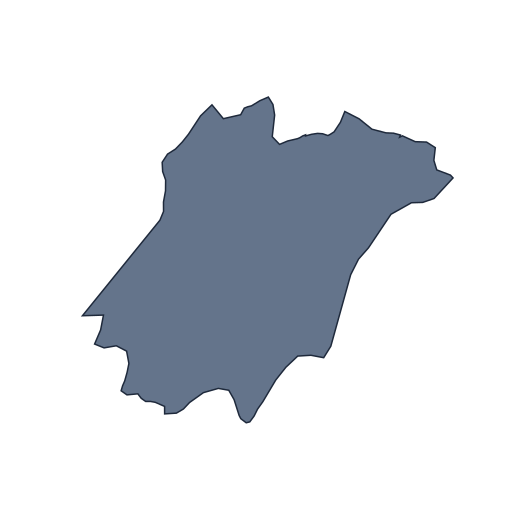 the State of Osun, rotated 31°
{"feature_id": "NGA-2855", "entity_name": "Osun", "entity_type": "State", "adm_level": 1, "iso_a3": "NGA", "parent_name": "Nigeria", "parent_adm1": "", "projection": "equal_earth", "projection_center": [4.53, 7.53], "detail": "fine", "context": "isolated", "style": "filled", "palette": "slate", "viewbox_px": 512, "rotation_deg": 31, "n_neighbors": 0, "source": "natural_earth", "source_scale": "10m", "svg_char_len": 1354}
<svg xmlns="http://www.w3.org/2000/svg" viewBox="0 0 512 512"><g transform="rotate(31 256 256)"><path d="M163.0,414.6L160.9,399.4L155.7,385.2L138.0,396.6L155.2,274.8L153.8,265.4L148.9,257.4L144.9,246.8L139.4,237.4L132.5,231.7L127.3,224.0L127.7,214.2L131.9,205.8L134.1,196.3L135.4,186.4L136.3,164.4L140.4,149.1L157.3,155.1L170.1,142.8L169.8,135.3L172.0,132.4L174.8,129.6L179.4,120.8L184.7,113.4L192.5,117.4L199.4,125.6L208.5,145.4L218.7,148.2L223.9,141.1L231.1,134.1L232.6,132.1L234.2,129.0L236.1,126.6L236.6,127.6L240.9,123.1L245.6,119.2L250.1,116.9L255.6,115.7L256.9,113.6L259.0,109.4L259.5,97.9L257.7,86.4L273.7,85.3L290.1,87.6L304.0,83.5L310.6,79.9L317.5,77.9L317.9,80.2L319.6,77.6L333.6,76.0L343.5,70.5L353.9,70.8L359.2,82.4L366.6,89.1L381.0,86.5L384.7,87.6L379.0,115.0L371.3,124.2L361.8,130.3L350.2,150.7L348.2,191.1L345.5,205.9L346.8,223.3L366.6,294.8L366.4,308.3L354.2,312.8L343.3,320.3L338.9,336.0L336.8,352.1L336.9,377.4L336.2,386.4L336.8,394.1L336.1,401.4L333.5,404.0L326.8,403.3L323.7,401.4L311.2,390.4L301.8,385.1L291.9,388.9L281.3,400.2L274.5,415.8L272.6,424.5L268.7,431.7L259.0,438.4L255.1,432.0L245.0,433.3L240.5,435.0L236.3,437.5L230.9,437.1L225.7,435.0L216.9,441.5L209.8,441.0L208.5,436.0L207.8,430.7L205.4,422.0L202.4,413.6L194.1,404.2L182.5,404.9L173.1,413.0L163.0,414.6Z" fill="#64748b" stroke="#1e293b" stroke-width="1.5"/></g></svg>